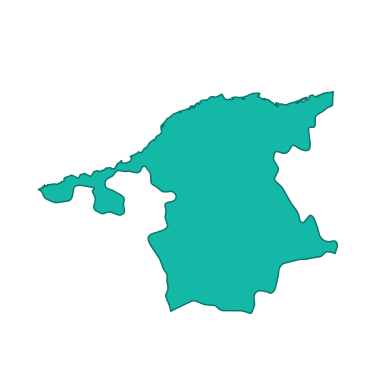 the Region of Makkah, rotated 99°
{"feature_id": "SAU-888", "entity_name": "Makkah", "entity_type": "Region", "adm_level": 1, "iso_a3": "SAU", "parent_name": "Saudi Arabia", "parent_adm1": "", "projection": "albers", "projection_center": [40.65, 21.044], "detail": "fine", "context": "isolated", "style": "filled", "palette": "teal", "viewbox_px": 384, "rotation_deg": 99, "n_neighbors": 0, "source": "natural_earth", "source_scale": "10m", "svg_char_len": 5948}
<svg xmlns="http://www.w3.org/2000/svg" viewBox="0 0 384 384"><g transform="rotate(99 192 192)"><path d="M213.5,343.9L212.5,342.6L212.2,341.6L211.5,341.2L211.7,340.4L209.7,340.0L210.3,339.3L209.6,338.4L208.3,338.6L208.9,337.6L208.9,337.2L208.7,336.8L209.0,336.1L208.7,335.7L207.3,335.7L207.3,334.0L206.2,331.8L205.6,328.9L205.5,326.1L205.3,325.6L204.4,325.2L204.2,324.0L202.2,322.4L201.5,320.7L200.1,319.8L199.1,320.5L197.5,319.5L195.8,316.1L194.3,314.0L194.4,312.3L196.1,307.0L195.7,306.2L194.3,305.5L192.3,305.0L191.8,303.1L190.6,301.7L190.6,300.6L191.6,298.2L191.9,296.1L192.5,294.9L192.1,294.1L191.2,293.5L188.1,292.5L187.2,291.9L185.8,288.9L186.2,287.1L185.6,284.6L184.7,284.2L184.3,282.6L183.8,282.0L181.7,280.6L181.7,279.2L181.2,278.4L180.8,276.6L180.8,276.0L181.8,274.7L181.5,274.3L181.6,273.7L181.1,272.1L175.8,270.0L173.3,267.4L172.1,266.8L172.1,266.5L172.6,266.5L173.8,267.2L174.1,265.0L173.9,262.4L173.6,261.3L171.3,258.0L170.4,257.4L166.9,257.1L166.4,257.6L167.0,258.9L166.3,258.3L165.6,257.3L165.2,255.8L164.5,255.3L162.5,252.4L160.7,251.1L161.3,249.4L161.1,248.4L160.5,247.9L156.7,245.9L156.3,245.2L155.4,244.8L154.2,243.1L151.3,242.3L150.3,241.7L148.1,239.9L146.3,237.9L146.7,237.2L145.8,236.6L143.0,236.0L141.1,233.9L141.2,233.6L139.1,231.9L138.3,231.5L137.2,231.5L135.0,232.1L134.6,232.5L130.3,230.3L130.7,231.4L132.5,232.8L132.1,232.9L131.3,232.7L125.9,229.1L123.4,228.1L122.6,226.5L117.9,222.3L115.0,217.6L114.1,216.8L114.1,216.4L114.9,216.3L115.4,215.7L114.0,215.2L112.9,214.1L112.1,211.4L110.5,209.5L110.4,208.7L111.2,207.5L108.8,206.8L109.1,207.5L109.8,207.8L108.8,207.5L107.8,206.9L107.1,206.1L107.5,205.3L106.8,204.8L107.2,203.9L107.7,204.6L108.8,205.0L108.4,203.2L107.5,203.2L106.9,202.2L106.6,202.2L106.5,203.2L104.1,201.4L103.1,200.1L103.2,198.9L104.1,199.6L104.1,198.6L103.8,198.4L102.6,197.8L101.1,198.1L99.4,195.1L99.3,192.9L99.1,192.5L98.5,192.0L98.3,190.9L95.2,188.5L94.4,185.4L95.1,184.2L92.9,180.6L92.3,180.2L90.8,177.7L94.7,174.4L95.2,173.1L95.3,171.5L94.9,170.0L94.2,169.2L94.2,168.9L94.7,168.4L94.7,167.7L93.9,166.0L93.3,167.1L92.8,167.3L91.9,165.6L92.3,165.3L91.5,164.1L91.3,159.6L90.8,158.2L90.9,157.4L92.1,156.8L92.4,155.3L92.0,154.6L91.4,156.1L90.3,156.4L90.0,155.3L89.1,154.2L88.7,152.5L88.1,152.1L86.1,149.2L84.8,146.1L84.0,141.7L84.0,140.7L85.3,140.3L86.6,142.0L87.5,142.0L87.9,139.3L88.9,138.4L89.5,135.3L89.6,134.3L89.3,134.3L88.6,136.0L88.3,135.3L88.9,133.4L89.0,131.3L89.3,129.9L90.9,128.0L91.4,125.8L92.7,124.4L93.3,122.9L94.3,121.9L94.3,121.2L93.6,120.3L93.0,120.4L92.0,122.9L90.8,123.1L90.8,121.6L91.4,119.5L91.1,116.6L91.5,113.7L91.1,112.3L89.4,109.8L87.0,104.5L87.1,103.8L88.4,102.7L88.3,102.3L85.1,98.9L84.7,99.1L86.0,100.8L86.6,102.9L86.3,103.3L84.3,99.7L83.0,98.2L80.6,93.7L80.6,93.0L82.0,93.8L83.5,97.3L84.9,97.9L85.4,97.8L86.0,96.8L84.7,94.7L83.5,93.8L82.7,91.9L79.9,90.7L78.9,90.9L78.2,90.1L77.3,87.9L77.8,87.4L78.5,85.9L78.2,82.3L77.7,82.0L77.2,82.8L75.0,78.8L74.1,77.7L72.7,74.2L72.4,71.9L71.2,69.1L71.0,68.2L78.4,67.6L83.3,66.8L84.5,67.1L85.4,68.0L87.4,71.3L91.9,75.4L95.5,79.9L96.6,80.8L97.8,81.6L99.3,81.9L106.3,80.9L107.7,80.9L108.6,81.4L109.1,82.3L109.5,85.4L110.0,86.3L111.1,86.8L114.7,86.1L125.0,83.0L129.4,82.5L131.5,82.9L132.3,83.6L132.9,84.5L133.4,86.4L133.4,88.0L132.8,91.4L130.2,97.7L129.9,98.7L130.1,99.7L130.7,100.6L136.3,102.8L138.0,104.3L138.8,105.3L139.2,106.3L139.5,108.5L138.6,113.9L138.8,114.9L139.4,115.8L140.5,116.5L143.6,116.9L145.8,116.8L147.0,116.5L148.3,115.8L153.2,111.7L155.1,110.5L156.6,110.2L157.8,110.3L165.1,112.6L166.3,112.6L167.4,112.0L168.6,110.7L172.1,105.4L174.0,103.2L187.6,92.3L194.2,85.6L197.0,83.5L203.6,80.8L204.5,79.8L205.0,78.4L204.7,77.2L203.9,76.4L197.7,72.8L196.8,71.9L196.5,70.8L197.0,69.6L198.5,68.0L200.6,66.4L206.8,62.9L215.2,59.1L217.5,57.0L218.8,55.1L219.7,52.4L219.7,49.0L218.2,44.6L218.1,43.5L218.3,42.4L219.0,41.5L221.0,40.3L224.0,40.1L230.2,41.0L229.7,45.9L229.9,49.2L230.3,50.2L231.4,51.4L234.1,53.2L235.1,54.2L236.0,55.8L238.6,64.0L240.3,68.0L241.8,75.4L248.1,90.1L249.3,91.6L250.2,92.3L252.3,93.4L255.1,94.0L262.5,93.8L272.9,94.5L276.3,95.3L278.8,97.0L279.5,98.1L279.7,99.2L278.8,102.4L278.7,108.9L279.0,110.3L280.1,112.2L281.2,113.1L282.2,113.8L285.4,114.6L292.2,112.8L294.3,112.6L301.1,113.9L302.0,114.4L302.7,115.2L301.6,123.1L301.6,125.2L304.3,142.5L304.3,143.6L304.2,144.7L303.4,146.8L300.9,150.8L300.5,151.8L301.2,161.5L300.9,163.7L299.1,171.4L299.1,173.5L300.0,175.6L313.0,194.3L307.9,196.4L300.3,201.1L298.6,201.7L297.2,201.8L294.1,200.8L291.4,200.5L287.8,201.3L283.9,202.9L280.1,203.2L278.4,203.5L277.1,204.1L275.8,205.0L272.7,208.0L263.1,213.4L250.9,224.8L246.7,227.5L245.1,228.0L243.7,228.1L242.6,227.8L240.6,226.4L239.8,225.4L233.8,213.7L231.1,211.3L228.9,210.8L227.9,211.1L223.4,213.7L221.3,214.5L214.5,214.8L209.4,216.6L208.4,216.6L207.0,215.7L206.3,214.8L204.2,209.5L203.5,208.5L202.4,207.6L200.9,206.9L198.6,206.9L196.6,208.1L195.1,210.3L194.8,211.2L194.8,213.3L196.1,218.5L196.2,220.6L195.9,222.0L192.4,228.2L190.5,232.6L189.3,233.7L188.2,234.2L182.3,235.3L179.6,236.4L174.8,241.1L174.1,242.1L174.0,243.1L174.3,244.0L175.1,244.8L176.0,245.4L179.7,246.4L180.9,247.8L181.4,248.8L181.7,251.0L181.3,257.5L182.3,261.9L182.1,267.2L182.8,269.3L184.2,270.5L187.9,272.5L189.1,273.6L192.2,277.7L194.4,279.1L195.7,279.4L198.0,279.2L200.0,278.4L200.9,277.6L201.9,275.7L203.0,270.1L206.1,261.7L207.4,259.5L208.5,258.4L210.3,257.8L214.9,257.7L216.6,257.5L220.1,255.9L222.2,255.8L223.1,255.9L224.4,256.7L225.8,258.6L226.1,259.7L226.1,261.8L224.6,268.6L224.6,269.8L225.0,272.2L227.1,275.7L227.4,277.0L227.4,278.3L225.3,284.6L224.6,285.5L222.8,286.6L221.4,286.8L215.9,286.2L213.8,286.4L210.5,288.1L207.2,290.5L206.2,290.4L203.6,288.9L203.2,289.4L203.0,290.4L202.8,302.5L203.3,305.7L204.3,307.8L205.1,308.6L207.1,309.4L214.6,309.5L216.7,309.9L218.7,310.8L220.1,312.6L223.8,324.4L223.7,327.2L222.0,333.8L221.1,335.9L219.6,337.6L215.7,340.0L214.4,341.7L213.5,343.9Z" fill="#14b8a6" stroke="#0f766e" stroke-width="1.5"/></g></svg>